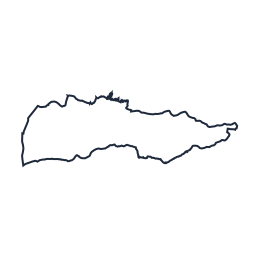 Danciulesti, Gorj, Romania (Albers equal-area conic projection), rotated 83°
{"feature_id": "2599482B88989600544516", "entity_name": "Danciulesti", "entity_type": "district", "adm_level": 2, "iso_a3": "ROU", "parent_name": "Romania", "parent_adm1": "Gorj", "projection": "albers", "projection_center": [23.758, 44.793], "detail": "fine", "context": "isolated", "style": "outline", "palette": "slate", "viewbox_px": 256, "rotation_deg": 83, "n_neighbors": 0, "source": "geoboundaries", "source_scale": "gbopen_adm2", "svg_char_len": 5782}
<svg xmlns="http://www.w3.org/2000/svg" viewBox="0 0 256 256"><g transform="rotate(83 128 128)"><path d="M151.1,198.2L151.3,198.2L151.6,196.4L152.2,194.9L152.2,194.0L152.5,193.2L152.8,192.6L153.6,191.7L153.7,190.3L153.3,189.2L153.2,187.8L152.2,185.8L151.2,184.8L149.9,183.8L148.8,182.3L148.8,182.0L148.9,181.7L149.1,181.6L150.0,180.2L150.8,179.9L151.0,179.5L151.7,178.8L152.0,177.9L152.4,177.3L152.8,174.2L151.2,169.8L150.9,169.5L149.6,168.6L148.2,167.9L147.1,166.6L145.9,164.3L145.0,161.9L145.0,161.3L144.8,160.1L144.8,159.4L145.4,158.2L145.6,156.5L145.5,154.7L145.5,153.0L144.1,150.2L144.1,149.6L143.4,149.0L142.8,147.6L143.2,146.1L142.7,143.6L142.8,143.3L143.9,142.6L144.4,142.1L145.1,140.8L145.2,140.5L144.9,139.2L145.2,138.5L144.7,136.4L145.5,135.0L145.7,134.4L145.3,133.4L145.2,132.7L144.7,131.8L144.6,130.9L146.4,127.2L146.5,126.4L146.6,125.8L147.3,124.9L148.2,122.6L149.6,122.6L150.6,122.0L152.2,121.4L154.0,121.5L157.0,120.9L157.1,121.2L158.3,121.1L158.9,120.6L158.9,120.4L158.6,120.1L158.4,119.4L158.9,118.4L159.0,117.2L158.9,116.6L159.4,116.6L159.5,116.1L159.8,115.5L160.2,114.1L160.1,112.9L159.6,112.6L158.7,112.2L158.6,111.7L159.0,110.6L159.2,109.3L159.4,108.9L160.2,108.4L160.5,108.1L160.5,106.7L160.8,106.4L161.1,105.3L161.6,104.7L161.8,104.1L161.7,103.4L162.1,102.5L162.1,102.0L162.2,101.6L162.7,101.0L162.7,100.2L162.8,99.6L163.1,99.3L163.7,99.3L164.1,98.8L165.8,97.8L167.0,96.6L167.5,95.4L167.4,95.2L166.9,95.0L167.4,94.2L167.2,93.8L166.8,93.4L166.9,92.8L166.6,91.8L165.6,90.3L165.0,88.5L164.3,87.3L164.2,86.3L163.5,85.7L163.3,84.4L162.7,83.1L162.5,82.3L162.6,81.3L162.0,80.4L162.0,79.1L160.7,77.4L160.6,76.3L160.1,75.5L159.7,75.2L159.3,74.0L159.1,74.0L159.1,74.4L158.7,74.0L158.9,73.8L158.5,72.9L158.8,72.3L158.2,72.3L158.2,72.0L158.1,71.9L157.9,71.0L157.5,70.0L157.4,69.4L157.0,68.9L156.5,68.7L156.3,68.2L155.6,67.5L153.9,66.2L153.6,65.7L153.7,63.6L154.2,61.5L155.4,60.1L156.6,59.2L157.1,58.0L157.3,56.9L157.0,54.2L156.3,52.1L156.6,51.2L156.7,50.2L156.9,49.8L156.7,49.1L156.3,48.5L156.2,47.9L155.7,46.8L155.7,45.1L154.8,43.4L153.9,43.0L153.3,42.2L152.4,37.9L151.4,36.4L151.6,35.0L152.1,34.1L152.1,33.1L151.5,32.1L150.8,31.2L148.6,29.2L148.2,28.7L147.0,28.1L146.6,28.1L145.1,29.0L144.3,30.1L140.8,29.1L141.3,27.3L141.6,26.7L142.2,23.0L142.8,21.8L142.0,21.4L141.7,21.0L141.4,20.6L141.5,20.2L139.3,19.4L137.0,20.5L136.0,21.3L136.5,23.2L137.0,24.1L137.3,25.9L136.8,27.6L136.7,29.4L135.7,31.3L135.6,31.7L135.8,32.4L136.5,33.8L136.7,34.5L136.8,36.7L136.4,37.9L136.2,39.1L136.9,41.7L136.9,44.4L136.9,45.8L137.0,46.8L136.8,47.4L136.1,48.5L134.8,49.2L134.0,49.5L133.7,50.0L133.6,50.4L133.2,51.1L132.4,52.1L131.8,53.5L130.2,54.9L129.5,56.2L129.4,57.7L129.1,59.7L128.3,60.0L127.4,60.0L126.4,60.9L126.2,61.2L125.8,62.7L124.6,65.2L123.6,66.4L121.6,67.5L120.9,67.6L120.3,68.1L119.5,68.5L118.8,69.4L118.9,71.4L119.2,72.0L119.3,73.4L119.6,74.0L120.2,75.4L120.8,76.5L121.1,77.4L121.4,78.7L121.4,80.3L121.6,81.0L119.8,83.2L118.3,84.0L116.9,84.4L116.1,84.9L115.8,85.8L116.2,89.1L116.6,90.5L117.6,92.5L117.6,93.1L117.4,93.6L117.6,94.4L117.7,97.1L117.3,99.1L117.5,101.3L116.9,104.4L115.9,107.7L115.2,109.2L114.7,110.7L114.5,112.3L114.2,112.9L112.6,114.7L112.1,115.8L112.2,116.3L111.9,117.6L112.0,118.6L112.0,122.9L111.2,122.6L110.7,122.6L110.5,122.9L110.0,124.5L108.8,126.7L108.4,127.1L107.9,127.4L107.3,127.0L106.6,126.1L106.3,126.0L105.7,125.6L104.7,125.8L101.8,124.9L100.7,124.8L100.5,125.3L101.1,125.8L101.3,126.2L101.3,127.3L100.7,127.2L100.8,127.5L100.4,128.0L100.4,128.3L100.5,128.8L100.5,129.0L100.4,129.2L100.9,129.3L101.0,129.4L100.7,129.6L100.9,129.8L101.2,129.7L101.6,130.0L101.5,130.3L101.3,130.5L99.9,130.6L100.0,130.8L99.8,131.0L100.2,131.1L100.1,131.6L100.4,131.8L100.5,132.0L101.5,132.3L100.2,134.2L97.2,133.8L97.3,134.0L99.0,134.5L98.8,134.6L99.7,135.1L99.2,136.8L97.7,136.2L97.6,136.3L97.5,136.6L98.7,137.2L98.5,137.5L97.9,137.4L97.8,137.7L98.6,138.0L98.6,138.4L98.3,138.3L98.2,138.4L98.5,139.3L98.1,139.9L97.8,140.0L97.9,140.3L97.6,140.6L97.0,140.3L96.9,140.7L97.4,141.0L97.2,141.3L97.8,141.6L97.1,142.3L96.1,141.7L94.9,141.5L94.5,140.7L93.4,140.8L93.2,140.0L93.1,139.8L92.0,139.5L91.8,139.7L91.8,140.0L91.1,139.9L91.3,140.1L91.1,140.5L91.6,141.1L91.8,141.6L92.2,141.9L93.4,142.5L96.8,144.5L96.7,144.9L95.0,143.9L94.6,144.3L96.2,145.3L94.0,147.9L94.0,148.2L93.7,148.4L93.7,149.8L93.3,150.6L93.6,150.9L93.5,151.2L93.8,151.4L93.8,152.1L94.3,153.0L94.4,153.4L94.8,153.9L94.8,154.2L94.5,155.1L93.8,155.7L94.5,155.7L95.0,156.2L96.1,156.9L96.8,157.1L98.6,158.4L98.8,158.7L99.0,159.1L98.8,159.3L99.0,159.5L99.3,160.5L99.9,160.9L99.9,161.0L99.2,161.4L98.7,162.0L98.1,162.2L99.3,163.1L98.7,163.3L98.5,163.6L98.3,165.2L98.1,165.6L97.8,165.8L96.8,167.9L95.9,169.0L95.7,169.7L95.2,170.2L95.2,171.0L95.1,172.0L94.4,173.5L94.3,174.1L93.3,175.0L93.0,175.5L92.4,176.2L91.6,176.5L90.0,177.7L89.2,179.9L88.7,181.8L88.6,182.5L88.7,182.8L88.7,183.3L88.5,183.8L89.2,183.5L89.6,184.0L90.5,184.6L91.7,184.9L92.1,185.3L92.8,185.5L94.2,186.2L97.7,187.3L98.2,188.1L98.3,188.6L98.2,189.4L98.7,190.5L98.7,190.8L98.2,191.6L96.7,193.1L96.2,193.4L94.5,194.9L93.5,196.2L92.9,197.5L92.7,198.8L92.7,200.7L92.9,201.4L94.4,203.8L94.7,204.2L95.5,204.3L95.6,204.7L95.5,205.0L95.8,206.0L96.8,207.1L96.7,209.4L96.8,210.3L96.5,212.3L96.2,213.0L95.3,214.3L95.1,214.9L98.6,218.3L106.0,225.9L108.1,226.1L109.8,226.8L118.8,231.9L120.8,232.5L120.4,233.5L127.3,234.6L129.0,234.7L132.2,234.3L135.7,234.3L139.5,235.4L142.5,236.5L145.9,236.6L152.5,236.5L151.4,234.6L151.1,233.7L149.6,226.9L149.4,225.2L149.2,224.2L149.9,222.5L150.3,222.1L149.8,220.7L149.2,219.7L148.9,215.9L149.0,215.6L149.2,214.5L148.9,213.8L148.9,212.6L148.8,212.1L149.3,208.8L149.2,207.6L149.5,207.2L149.4,206.5L149.7,206.0L150.2,202.2L150.2,201.4L150.6,200.7L150.7,198.9L151.1,198.2Z" fill="none" stroke="#1e293b" stroke-width="2"/></g></svg>